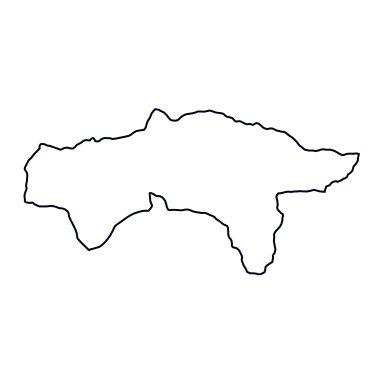 the district of Chapchha, Chhukha, Bhutan, rotated 89°
{"feature_id": "84629894B72576514572529", "entity_name": "Chapchha", "entity_type": "district", "adm_level": 2, "iso_a3": "BTN", "parent_name": "Bhutan", "parent_adm1": "Chhukha", "projection": "albers", "projection_center": [89.567, 27.211], "detail": "fine", "context": "isolated", "style": "outline", "palette": "ink", "viewbox_px": 384, "rotation_deg": 89, "n_neighbors": 0, "source": "geoboundaries", "source_scale": "gbopen_adm2", "svg_char_len": 6078}
<svg xmlns="http://www.w3.org/2000/svg" viewBox="0 0 384 384"><g transform="rotate(89 192 192)"><path d="M248.3,295.6L247.7,295.0L247.2,292.6L246.1,288.7L245.5,286.4L245.2,285.6L244.4,284.2L243.9,283.6L242.9,282.3L241.3,280.5L239.5,278.8L237.7,277.3L235.7,275.8L233.7,274.4L231.7,273.2L228.8,271.6L226.6,270.6L225.9,270.3L225.2,269.8L224.6,269.3L224.1,268.7L223.1,267.4L220.4,263.4L217.6,259.4L215.4,256.0L214.2,253.9L213.1,251.7L212.8,251.0L212.2,249.5L210.8,244.8L210.4,243.2L210.3,242.4L210.1,241.6L210.0,240.0L209.9,237.6L210.0,236.8L210.0,236.0L209.6,235.3L208.3,234.3L207.1,233.3L206.4,232.8L205.7,232.4L204.9,232.2L204.1,232.4L203.4,232.7L201.9,233.3L201.2,233.6L200.4,233.8L199.6,233.9L195.5,234.1L193.1,234.4L192.4,234.2L192.3,233.4L192.5,232.7L192.8,231.9L193.5,230.5L194.0,229.8L194.9,228.5L195.3,227.8L195.5,227.0L195.5,226.2L195.5,225.4L195.6,224.5L195.8,223.8L196.2,223.0L196.5,222.3L197.0,221.7L197.6,221.1L198.9,220.1L200.2,219.2L200.9,218.9L201.7,218.6L203.3,218.1L205.6,217.6L206.4,217.4L207.9,216.8L208.6,216.5L209.3,216.0L209.6,215.2L209.6,213.6L209.5,211.2L209.5,210.4L210.0,204.7L210.1,203.1L210.0,202.3L210.0,201.5L209.5,199.1L209.5,198.3L209.4,197.5L209.5,196.7L209.6,195.9L209.8,195.1L210.0,194.3L211.1,192.1L211.4,191.4L211.8,189.8L212.2,188.2L212.6,185.8L213.0,183.4L213.1,182.6L213.1,180.2L213.2,179.4L213.4,178.6L213.7,177.8L214.0,177.1L215.4,174.2L216.3,171.9L216.7,171.2L217.1,170.5L217.6,169.8L218.2,169.3L218.8,168.8L219.4,168.3L219.9,167.7L221.7,164.9L222.2,164.3L223.8,162.5L224.3,161.9L224.8,161.2L225.2,160.5L225.9,159.0L226.5,157.5L227.2,157.2L228.7,156.6L231.0,156.5L232.8,156.5L236.1,156.4L238.2,155.5L240.4,153.8L241.8,153.3L244.2,152.9L246.0,153.1L246.8,152.9L247.9,152.2L248.8,148.8L250.5,146.5L251.9,145.6L254.6,144.2L257.0,143.2L258.7,143.0L259.8,143.5L261.7,143.3L266.2,141.7L269.6,139.6L272.8,138.3L274.2,135.5L274.5,130.9L274.7,129.3L275.3,127.7L275.4,124.9L273.6,121.0L271.6,120.2L268.2,119.8L266.5,117.9L263.3,112.9L259.7,112.2L256.7,112.2L254.2,110.4L250.9,109.6L242.6,111.0L238.8,110.6L235.6,110.7L233.1,109.3L228.2,104.7L225.6,103.2L222.7,102.4L221.7,102.0L219.8,102.1L217.3,101.4L215.8,101.7L214.3,103.7L211.1,106.6L209.2,107.2L206.3,106.5L202.6,106.8L198.9,107.7L196.7,107.2L194.9,105.7L194.8,103.3L193.9,99.6L193.3,96.0L193.7,93.2L193.3,89.8L193.3,87.3L193.0,84.2L193.3,81.2L193.5,77.1L192.7,72.8L192.0,69.9L193.6,64.1L194.0,61.3L194.1,59.3L193.3,59.2L188.9,57.7L187.5,54.1L185.7,52.7L184.3,50.9L183.7,47.8L184.4,46.4L182.8,42.3L181.3,40.1L180.8,38.4L179.7,36.8L177.3,35.8L176.2,34.1L174.2,31.7L172.7,31.0L169.6,30.1L168.7,29.5L166.8,27.6L163.6,25.7L160.4,25.3L157.0,24.5L156.6,25.5L156.3,26.7L156.6,30.7L156.4,33.2L156.5,35.7L156.8,37.1L157.4,38.9L157.8,40.2L157.7,40.7L157.6,41.5L157.1,42.5L156.3,44.0L155.1,45.9L154.0,47.8L153.1,49.7L152.7,51.0L152.3,52.3L152.1,53.1L152.1,56.9L152.0,57.6L151.7,58.8L151.6,60.7L151.8,61.7L152.0,63.0L152.2,63.5L152.5,64.0L153.2,67.4L153.2,68.1L152.7,69.7L152.6,73.7L152.5,74.9L152.2,76.0L152.0,77.1L151.8,77.9L151.2,79.1L150.7,79.7L150.1,80.3L149.4,81.1L148.1,82.6L147.7,83.4L146.2,84.7L145.2,85.3L143.9,86.3L142.0,87.9L141.5,88.6L140.1,89.9L138.6,91.8L138.0,92.8L137.3,93.8L135.2,96.2L134.1,97.8L133.7,98.5L133.5,99.3L133.0,102.6L132.6,103.6L132.3,104.7L132.2,105.5L131.8,106.7L131.5,107.4L130.4,109.3L130.2,110.0L129.9,110.6L129.8,112.0L129.8,112.6L130.2,114.7L130.3,115.4L130.2,116.6L130.1,117.1L129.4,118.6L129.1,119.3L128.6,120.0L126.8,121.8L125.6,123.2L124.9,124.2L124.6,124.8L124.3,126.3L124.4,126.8L124.6,127.4L124.9,128.1L125.5,128.9L125.8,129.6L125.9,130.5L125.2,131.9L125.0,133.3L125.2,135.2L125.1,136.9L123.5,139.9L122.3,142.1L122.0,143.6L122.3,146.6L121.9,147.6L118.8,150.4L118.0,153.1L117.6,154.7L117.4,155.5L116.6,157.0L114.9,158.7L114.2,159.8L113.7,161.8L113.5,163.3L112.9,166.9L111.9,169.6L111.1,172.0L110.9,173.0L111.0,174.3L111.3,175.1L111.8,177.6L111.9,179.4L111.7,181.4L111.6,184.5L112.7,187.8L113.3,190.2L113.7,193.1L114.0,195.4L114.2,196.1L114.5,197.5L115.4,199.4L116.1,200.5L117.2,202.0L119.2,204.1L120.1,205.5L120.1,206.0L120.4,207.2L120.3,208.5L120.1,210.4L119.6,211.9L118.4,213.2L117.3,214.1L115.5,215.4L114.7,216.0L113.5,217.1L112.1,218.5L110.7,221.2L110.3,222.2L109.4,223.3L109.0,224.9L108.6,227.5L109.7,228.6L112.6,230.9L117.0,232.8L119.9,234.8L122.5,235.9L126.8,237.2L129.0,238.9L129.4,242.1L130.1,246.7L132.3,250.4L133.5,251.8L134.7,254.1L135.4,257.3L137.3,267.3L137.6,270.7L136.9,272.6L136.8,274.1L136.4,278.0L137.4,281.5L139.0,283.2L139.8,285.2L139.5,287.7L137.2,288.9L136.3,289.9L136.8,291.5L138.7,293.2L138.2,297.0L138.9,299.5L140.5,301.6L142.9,306.3L145.2,308.5L146.5,310.5L146.2,313.5L145.7,314.6L145.5,315.8L145.5,317.6L146.1,319.7L147.2,322.0L147.4,322.9L146.1,326.1L144.5,330.5L143.5,332.8L143.0,336.0L141.9,338.0L141.6,339.0L141.3,341.6L141.9,342.7L142.5,343.2L143.2,343.5L144.0,343.6L144.8,343.7L145.6,343.5L146.2,344.0L146.8,344.5L148.5,346.3L150.8,348.6L152.0,349.7L153.9,351.2L155.2,352.2L156.8,354.1L157.3,354.6L158.0,355.1L160.1,356.2L163.0,357.8L164.4,358.5L165.2,358.8L166.0,358.9L166.7,358.6L169.5,357.0L170.3,356.7L171.1,356.5L171.9,356.4L172.7,356.4L175.1,356.6L176.7,356.7L179.1,357.1L181.5,357.6L182.3,357.7L183.1,357.8L183.9,357.6L184.7,357.4L185.5,357.3L186.3,357.5L187.0,357.7L190.8,359.2L191.6,359.4L192.4,359.5L193.2,359.5L194.0,359.5L196.4,359.2L197.3,359.2L198.1,359.3L198.8,359.1L199.2,358.4L199.7,356.8L200.1,355.2L200.0,354.4L200.0,353.6L199.9,352.1L199.9,351.5L200.3,350.9L200.8,350.5L201.3,350.1L202.0,348.6L203.1,346.4L203.4,345.7L203.7,344.9L203.8,340.1L203.9,338.4L203.8,336.8L203.5,333.6L203.5,332.8L203.6,332.0L203.7,331.2L203.9,330.4L204.3,328.8L205.5,325.8L205.8,325.0L205.9,324.2L206.2,321.8L206.4,321.0L206.7,320.3L207.1,319.5L207.5,318.8L208.0,318.2L208.6,317.5L209.1,316.9L209.7,316.4L210.4,316.0L211.1,315.7L213.6,315.5L214.4,315.3L215.1,315.0L216.6,314.4L218.8,313.4L224.6,310.5L226.1,309.9L227.6,309.2L229.9,308.4L231.4,308.0L233.8,307.6L235.5,307.5L236.2,307.3L236.9,306.9L237.5,306.4L240.0,304.2L240.6,303.7L247.5,296.9L248.0,296.2L248.3,295.6Z" fill="none" stroke="#020617" stroke-width="2"/></g></svg>